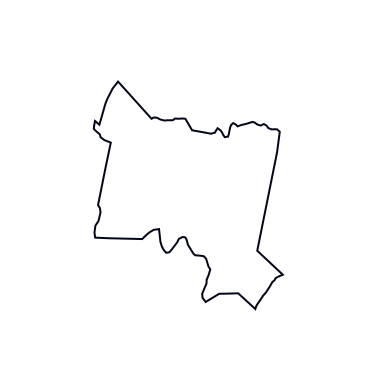 outline of Santa Luzia, Paraíba, Brazil, rotated 328°
{"feature_id": "56859067B37147580586043", "entity_name": "Santa Luzia", "entity_type": "district", "adm_level": 2, "iso_a3": "BRA", "parent_name": "Brazil", "parent_adm1": "Paraíba", "projection": "orthographic", "projection_center": [-36.906, -6.919], "detail": "fine", "context": "isolated", "style": "outline", "palette": "ink", "viewbox_px": 384, "rotation_deg": 328, "n_neighbors": 0, "source": "geoboundaries", "source_scale": "gbopen_adm2", "svg_char_len": 1624}
<svg xmlns="http://www.w3.org/2000/svg" viewBox="0 0 384 384"><g transform="rotate(328 192 192)"><path d="M147.4,80.4L144.3,83.7L142.2,86.4L142.9,89.6L143.6,92.0L144.4,94.2L143.5,96.9L145.1,101.4L147.2,104.2L149.3,107.1L142.0,114.7L132.2,124.9L105.4,153.3L105.4,156.8L103.7,160.7L97.4,167.0L92.2,169.4L87.8,174.7L85.7,179.4L97.2,187.3L124.8,205.5L129.8,204.4L134.4,203.7L139.5,203.8L144.4,206.0L142.8,209.3L140.3,214.5L138.9,217.3L137.7,221.7L137.3,225.8L137.9,229.9L140.8,231.1L143.7,230.3L152.6,226.9L156.1,224.8L160.2,225.2L162.3,227.0L162.1,229.8L160.6,234.5L160.5,244.7L161.1,247.3L164.4,249.7L167.9,252.6L168.6,256.0L166.5,263.9L166.5,267.3L161.9,271.4L157.9,274.2L155.8,277.3L151.9,280.0L146.7,283.7L144.9,287.3L145.3,292.5L161.1,292.7L167.4,296.5L177.5,302.4L183.7,324.8L185.9,322.9L188.2,321.7L191.2,320.4L193.5,319.4L197.6,317.5L201.2,316.5L204.7,314.9L207.9,313.4L209.9,312.3L212.6,310.9L215.2,310.6L217.5,309.3L220.7,309.6L225.2,310.3L216.2,276.4L222.9,269.3L285.0,203.6L298.3,187.5L297.4,184.0L295.1,182.4L292.8,181.2L290.6,178.3L290.4,175.1L288.9,172.4L285.5,172.1L283.2,169.4L282.0,166.4L280.4,164.6L276.8,163.7L273.0,162.6L269.7,161.4L265.5,160.5L264.8,157.7L263.4,155.4L260.4,156.0L258.5,157.6L255.9,160.2L254.4,161.9L252.0,164.1L248.9,162.9L248.7,160.2L249.0,157.8L248.9,154.9L247.5,151.5L245.0,152.6L243.0,153.8L239.1,152.7L224.8,139.7L225.2,126.4L222.9,124.6L219.5,122.8L216.5,120.7L214.0,121.0L211.6,119.7L208.9,118.0L206.4,116.7L203.7,113.9L201.5,110.3L198.9,108.5L196.5,108.5L187.8,59.2L179.7,62.1L170.1,67.8L165.4,71.2L149.1,85.9L147.4,80.4Z" fill="none" stroke="#020617" stroke-width="2"/></g></svg>